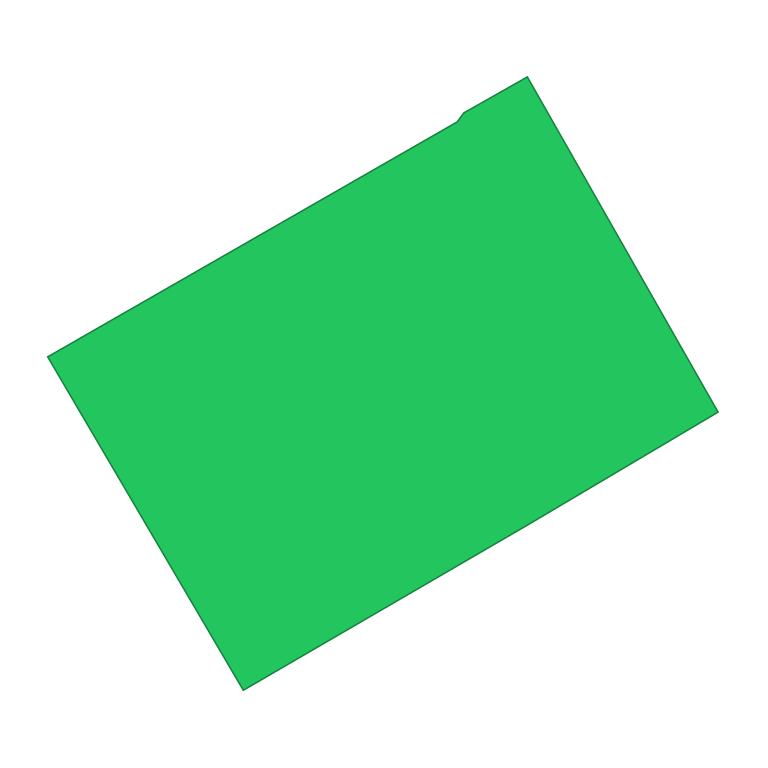 the district of DeSoto, Florida, United States of America, rotated 150°
{"feature_id": "52423323B50185112630259", "entity_name": "DeSoto", "entity_type": "district", "adm_level": 2, "iso_a3": "USA", "parent_name": "United States of America", "parent_adm1": "Florida", "projection": "orthographic", "projection_center": [-81.91, 27.186], "detail": "fine", "context": "isolated", "style": "filled", "palette": "green", "viewbox_px": 768, "rotation_deg": 150, "n_neighbors": 0, "source": "geoboundaries", "source_scale": "gbopen_adm2", "svg_char_len": 279}
<svg xmlns="http://www.w3.org/2000/svg" viewBox="0 0 768 768"><g transform="rotate(150 384 384)"><path d="M107.7,357.0L106.3,578.3L179.2,578.9L189.6,574.4L661.7,575.7L659.0,189.1L329.1,190.1L108.7,192.6L107.7,357.0Z" fill="#22c55e" stroke="#15803d" stroke-width="1.5"/></g></svg>